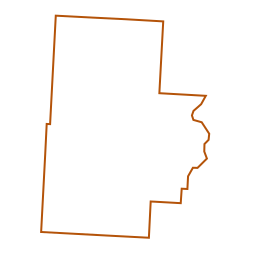 outline of Cherokee, Oklahoma, United States of America, rotated 183°
{"feature_id": "52423323B29041387960401", "entity_name": "Cherokee", "entity_type": "district", "adm_level": 2, "iso_a3": "USA", "parent_name": "United States of America", "parent_adm1": "Oklahoma", "projection": "mercator", "projection_center": [-95.13, 35.9], "detail": "fine", "context": "isolated", "style": "outline", "palette": "amber", "viewbox_px": 256, "rotation_deg": 183, "n_neighbors": 0, "source": "geoboundaries", "source_scale": "gbopen_adm2", "svg_char_len": 527}
<svg xmlns="http://www.w3.org/2000/svg" viewBox="0 0 256 256"><g transform="rotate(183 128 128)"><path d="M52.0,164.2L98.5,164.4L98.5,170.3L98.5,171.3L98.4,236.3L136.9,236.5L169.0,236.4L206.0,236.4L206.0,127.8L209.4,127.8L209.3,96.7L209.3,19.6L137.4,19.5L101.4,19.5L101.5,55.8L96.2,55.8L71.4,55.7L71.2,70.2L65.5,70.2L65.5,82.9L61.1,91.7L56.5,91.8L47.6,101.6L50.6,108.5L50.8,116.0L46.9,120.4L46.6,126.5L54.7,137.6L63.1,139.5L64.8,143.9L63.5,148.5L56.2,155.6L52.0,164.2Z" fill="none" stroke="#b45309" stroke-width="2"/></g></svg>